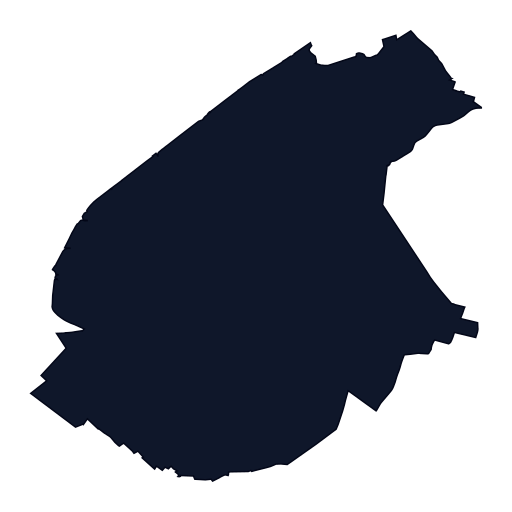 Oisterwijk, Noord-Brabant, Netherlands
{"feature_id": "6326949B32251552675078", "entity_name": "Oisterwijk", "entity_type": "district", "adm_level": 2, "iso_a3": "NLD", "parent_name": "Netherlands", "parent_adm1": "Noord-Brabant", "projection": "equal_earth", "projection_center": [5.215, 51.566], "detail": "fine", "context": "isolated", "style": "filled", "palette": "ink", "viewbox_px": 512, "rotation_deg": 0, "n_neighbors": 0, "source": "geoboundaries", "source_scale": "gbopen_adm2", "svg_char_len": 5743}
<svg xmlns="http://www.w3.org/2000/svg" viewBox="0 0 512 512"><path d="M451.2,78.3L451.0,78.2L450.6,77.4L449.4,75.8L447.1,72.9L445.5,70.8L441.9,64.0L441.4,63.3L438.6,60.3L437.2,57.2L434.4,54.4L432.0,50.9L417.9,38.8L416.6,37.5L413.7,34.0L410.8,30.9L396.7,39.8L395.9,35.3L384.3,39.1L382.5,39.6L384.0,46.6L378.5,53.7L377.5,54.7L377.1,55.3L376.2,55.2L371.0,57.5L369.8,57.7L367.6,57.6L366.5,57.4L366.1,57.3L365.6,56.9L365.2,56.5L364.1,54.7L363.8,54.4L363.2,54.1L362.4,53.7L360.3,53.2L359.6,53.0L358.5,53.0L357.5,53.3L356.5,53.7L356.3,55.6L356.2,55.5L356.0,56.0L355.8,56.4L355.3,57.0L355.1,57.1L354.5,56.9L328.0,65.5L324.8,65.5L322.1,65.2L321.1,65.2L315.6,63.4L316.4,62.6L316.3,61.7L316.2,60.2L315.2,56.2L314.7,56.0L314.1,55.4L310.8,52.8L309.8,51.5L309.3,50.7L309.2,49.9L309.2,49.1L309.9,48.1L311.7,45.7L311.1,44.7L310.4,42.7L294.5,53.6L294.9,53.9L294.7,54.1L291.1,56.6L290.8,56.3L290.6,56.3L290.2,56.5L288.1,57.9L288.2,58.0L283.2,61.1L283.3,61.2L282.7,61.6L281.8,62.4L281.3,62.8L263.7,73.6L263.4,73.8L263.1,74.3L262.9,74.7L262.9,74.8L263.0,75.0L262.6,75.3L261.7,74.7L261.2,74.5L252.1,80.1L250.2,81.3L249.6,81.6L248.0,82.9L241.6,87.8L239.0,89.7L238.9,89.7L238.6,89.9L238.8,90.0L228.0,98.2L226.0,99.7L210.5,111.6L210.4,111.6L209.7,112.0L209.6,111.9L209.0,112.4L209.0,112.6L208.9,112.6L208.5,113.0L209.5,113.0L205.1,116.6L204.4,117.3L202.7,119.6L202.8,119.6L202.3,120.0L198.6,121.3L180.5,135.2L166.5,146.1L166.4,146.1L162.5,149.2L162.2,149.5L162.1,149.4L158.5,152.5L157.9,153.6L158.1,155.9L157.9,156.0L156.0,153.3L152.5,156.0L153.0,156.5L146.9,161.0L122.0,180.2L122.1,180.3L120.9,181.2L110.4,189.0L111.5,189.2L111.2,189.4L110.1,189.3L97.0,199.3L94.1,201.7L93.2,202.6L91.2,204.7L90.7,205.2L88.8,207.5L87.2,209.7L87.0,210.2L86.8,210.5L87.3,211.6L84.3,213.3L82.4,216.5L83.3,219.9L84.0,220.1L87.2,220.4L87.2,220.7L85.0,220.8L82.5,220.2L81.4,220.3L80.6,220.6L78.0,223.8L77.3,223.9L75.6,226.4L74.0,229.5L72.0,232.9L69.1,239.0L64.7,247.7L69.8,247.9L69.9,248.4L68.0,248.5L65.1,249.0L64.7,249.6L63.6,250.5L62.7,251.7L56.1,264.2L56.1,264.6L55.9,264.7L55.9,265.1L55.7,265.3L55.5,265.5L54.9,265.9L53.0,268.7L52.5,269.7L54.3,270.9L55.0,271.8L55.6,272.7L55.8,273.6L55.9,274.6L56.9,274.4L57.9,274.5L58.1,274.8L57.4,275.0L55.5,276.2L55.0,278.0L56.1,278.7L57.0,278.9L57.3,279.5L56.3,279.2L54.7,279.6L54.4,280.6L53.6,287.7L52.7,295.5L52.4,303.9L52.1,306.9L52.4,307.8L52.5,308.5L53.1,309.9L53.8,311.0L55.0,312.4L57.8,315.2L59.5,316.5L61.1,317.7L64.0,319.7L65.6,320.6L67.4,321.5L70.8,323.1L74.0,324.3L84.3,328.9L82.2,331.1L81.6,330.8L79.7,331.1L76.3,331.6L72.1,332.3L68.9,332.6L65.3,332.8L65.3,333.1L56.5,333.4L66.2,348.2L64.3,350.3L41.1,375.5L46.7,380.8L30.7,393.4L75.5,427.1L83.1,424.1L83.4,424.5L87.4,418.8L94.5,425.5L98.1,428.9L98.4,428.5L98.4,428.4L98.5,428.4L98.6,428.6L104.3,433.0L109.2,436.1L110.3,436.9L110.8,437.4L112.6,439.5L114.9,442.3L118.6,445.7L118.8,445.8L118.9,445.7L119.4,446.1L122.0,444.2L122.6,443.8L123.1,443.6L123.8,443.1L124.1,443.5L132.2,450.9L132.8,451.6L133.4,452.5L134.0,453.3L137.9,451.2L138.0,451.2L143.4,457.2L142.2,457.9L154.5,469.0L154.6,468.8L155.1,468.6L155.1,468.4L155.1,468.0L155.2,467.8L155.4,467.5L155.9,467.2L156.0,467.1L156.2,466.5L156.3,466.2L156.5,466.1L162.3,470.3L165.0,467.2L168.4,468.8L170.3,466.9L171.1,466.2L173.5,468.8L177.2,470.9L176.7,471.1L175.4,472.0L178.5,474.5L178.3,475.0L178.9,475.8L178.7,476.1L178.3,476.2L178.0,476.5L179.2,476.7L180.5,476.3L180.7,475.5L193.5,476.0L194.8,479.2L205.4,479.8L211.1,479.2L212.6,481.1L219.7,477.5L219.9,477.2L220.2,477.1L222.3,476.0L224.2,475.1L225.1,474.9L225.8,474.9L228.1,475.5L228.4,474.8L228.5,473.5L228.5,472.2L230.4,471.8L248.3,471.5L250.8,470.5L251.7,471.4L254.5,470.6L266.0,467.7L270.4,466.5L274.2,464.9L275.9,464.1L280.8,463.9L287.2,464.5L315.9,444.3L336.1,429.2L337.8,425.2L338.4,423.6L342.6,411.0L344.3,405.0L345.4,400.4L348.1,390.7L348.5,390.9L376.0,410.8L376.3,410.3L376.5,410.4L379.7,404.8L380.4,403.6L381.3,402.4L390.7,391.3L391.8,389.8L392.7,388.2L393.4,386.6L395.1,382.1L396.4,377.6L397.4,374.6L399.1,370.2L400.1,367.1L401.2,363.1L402.3,359.9L404.2,355.0L404.3,354.9L404.5,354.8L409.6,354.3L411.4,354.1L418.3,353.2L420.0,353.3L420.3,353.4L427.7,353.8L428.2,353.7L428.5,353.5L428.8,353.2L429.2,352.4L431.1,349.5L431.2,348.7L431.3,347.7L431.5,346.8L432.0,344.9L432.6,343.6L433.7,341.4L434.7,340.0L448.7,343.8L450.4,342.5L450.5,342.4L451.7,340.0L452.8,337.3L454.4,332.4L475.7,337.5L477.3,332.5L477.5,331.7L477.8,330.2L477.9,328.7L477.8,327.9L477.6,322.7L460.7,318.6L460.8,318.3L460.6,318.2L462.7,312.9L464.2,308.4L464.8,307.1L455.1,304.7L454.8,304.6L453.7,304.0L451.5,303.6L441.2,291.5L433.7,282.1L430.2,277.3L426.8,271.8L382.6,204.9L384.0,193.5L385.8,175.6L386.0,175.1L387.0,166.7L387.0,165.6L387.6,165.2L387.8,165.2L388.0,165.7L388.1,165.8L388.3,165.7L388.8,165.4L388.8,165.2L388.8,164.9L388.8,164.7L389.0,164.6L389.6,164.5L389.7,164.3L389.9,163.8L390.1,163.5L390.0,162.9L390.1,162.3L390.4,162.1L390.8,162.2L391.1,162.0L391.2,161.9L391.3,161.3L392.5,161.3L394.0,161.1L394.8,160.9L396.4,160.2L404.5,155.2L407.2,153.6L410.5,151.5L410.9,151.1L411.6,150.3L412.3,149.4L412.7,148.4L413.9,144.9L414.3,144.0L414.7,143.0L415.5,142.1L416.9,141.0L423.5,137.3L425.2,136.0L426.6,134.4L429.3,131.1L431.4,128.4L432.7,127.0L433.8,126.3L434.8,125.8L435.6,125.4L437.3,125.0L442.5,124.3L447.7,123.6L449.4,123.3L450.7,122.8L451.7,122.4L459.8,118.1L463.2,116.1L464.2,115.4L468.5,111.7L469.7,110.8L470.4,110.3L471.9,109.5L473.1,109.0L474.9,108.5L475.8,108.3L477.1,108.1L481.3,108.0L481.3,107.4L473.7,101.9L473.2,101.7L473.5,101.3L473.7,100.5L474.5,97.4L463.4,94.2L464.1,92.1L460.8,91.1L460.7,91.3L460.2,91.7L459.3,91.7L455.8,90.8L455.9,90.6L452.5,89.5L455.1,82.0L455.0,81.8L449.5,80.0L451.1,79.1L451.0,78.9L451.8,78.5L451.2,78.3Z" fill="#0f172a" stroke="#020617" stroke-width="1.5"/></svg>